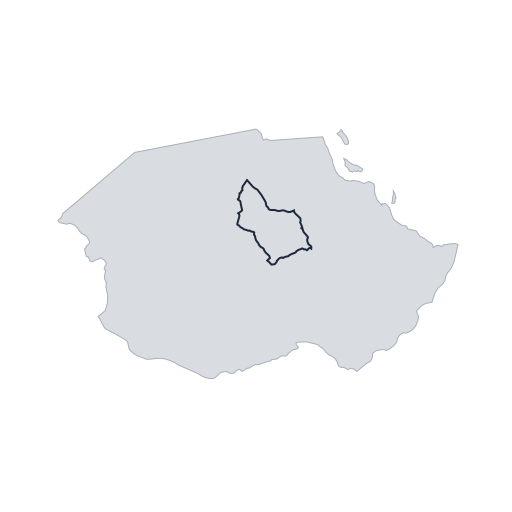 Dodoma highlighted on a map of United Republic of Tanzania, rotated 320°
{"feature_id": "TZA-3385", "entity_name": "Dodoma", "entity_type": "Region", "adm_level": 1, "iso_a3": "TZA", "parent_name": "United Republic of Tanzania", "parent_adm1": "", "projection": "orthographic", "projection_center": [35.912, -5.778], "detail": "fine", "context": "in_parent", "style": "outline", "palette": "slate", "viewbox_px": 512, "rotation_deg": 320, "n_neighbors": 0, "source": "natural_earth", "source_scale": "10m", "svg_char_len": 5918}
<svg xmlns="http://www.w3.org/2000/svg" viewBox="0 0 512 512"><g transform="rotate(320 256 256)"><path d="M199.8,345.8L195.0,343.4L190.7,341.9L187.2,340.2L185.6,338.6L182.3,337.9L179.4,337.7L176.8,336.2L171.4,335.6L170.8,334.6L170.6,332.4L169.7,331.8L167.7,331.2L165.6,331.3L164.3,331.6L163.5,331.4L161.7,330.1L160.1,328.4L159.4,325.7L156.9,324.0L154.1,322.6L146.1,322.9L144.9,322.4L143.0,321.1L140.7,318.8L138.9,316.3L137.3,312.8L135.6,308.0L126.3,289.2L125.3,285.6L123.4,281.7L120.5,276.8L117.3,273.2L113.1,270.0L108.3,266.8L105.7,264.6L100.7,255.7L99.6,251.6L98.8,247.3L99.1,245.5L102.1,239.9L102.4,238.3L102.0,236.2L100.5,231.8L98.5,226.4L94.5,216.7L93.9,214.2L94.0,212.3L96.1,202.3L96.1,200.9L105.3,201.0L111.9,196.6L117.7,190.0L118.9,187.3L121.2,183.1L123.5,181.0L124.4,179.5L125.7,175.3L128.8,172.5L131.8,170.3L131.1,168.7L131.6,168.2L133.2,167.0L136.4,166.0L137.0,163.8L137.0,161.3L136.4,160.0L136.5,158.4L136.0,157.5L134.0,157.3L130.9,156.1L128.3,155.6L126.5,154.9L125.9,154.3L125.6,152.9L127.0,149.0L125.6,147.5L128.7,141.1L129.3,140.4L130.5,140.3L132.3,139.6L134.0,139.2L135.4,139.5L136.5,139.2L137.4,138.5L138.1,136.3L138.8,132.7L138.4,129.8L137.1,127.6L136.7,124.2L137.3,119.6L136.8,115.7L135.3,112.7L133.8,110.9L131.5,110.0L127.9,105.4L126.8,103.2L127.0,101.7L128.2,101.1L130.5,101.3L132.7,100.8L134.7,99.5L136.7,99.1L137.7,99.3L229.7,98.7L337.4,158.7L337.9,159.4L338.7,164.6L338.5,166.3L336.9,169.3L336.4,170.8L336.4,171.9L336.8,172.4L338.2,172.5L339.4,173.2L339.8,173.8L340.7,176.0L341.9,177.2L382.6,206.8L383.6,207.3L383.0,209.7L380.6,215.7L380.5,218.2L379.6,221.2L378.7,223.1L376.3,231.5L374.3,234.7L371.6,242.1L371.2,247.7L372.6,251.7L373.1,255.4L376.2,259.1L378.7,260.4L380.4,262.1L383.4,265.9L385.1,269.7L390.5,271.6L392.6,275.9L391.8,278.9L389.3,281.3L386.9,285.2L385.0,290.4L384.9,298.3L386.2,297.1L389.0,299.1L389.3,304.9L386.3,311.7L385.4,314.9L385.2,317.6L387.3,325.8L390.5,329.9L390.2,331.2L389.4,332.3L394.8,339.7L394.3,346.0L396.3,351.0L397.1,355.3L398.4,358.6L398.7,360.9L397.0,363.4L401.0,364.0L403.3,366.1L404.4,368.1L407.3,368.0L408.8,369.4L411.0,370.5L416.0,373.9L417.3,375.6L418.1,377.1L404.3,387.5L399.3,390.1L395.7,391.4L391.9,392.0L388.3,393.6L384.9,396.2L380.6,397.5L375.3,397.5L369.7,399.2L360.9,404.6L355.9,401.6L351.9,400.6L347.3,400.7L344.5,401.1L343.5,401.7L342.6,403.5L341.8,406.5L338.8,409.4L333.5,412.2L328.6,413.2L324.2,412.5L321.2,411.3L319.6,409.7L317.3,409.0L314.3,409.1L311.3,410.2L308.5,412.4L304.0,413.3L297.9,413.0L294.6,412.0L294.2,410.2L291.5,408.1L286.6,405.6L282.9,405.6L280.6,407.9L278.5,409.4L276.6,410.0L274.8,410.0L272.3,409.4L265.6,409.2L259.1,409.3L258.5,405.9L257.1,403.9L256.0,402.7L253.8,402.4L253.1,401.4L252.4,399.3L251.3,397.6L249.8,396.1L248.9,394.7L248.6,393.5L248.9,392.1L250.2,388.6L250.6,386.3L250.4,383.9L249.7,381.4L248.2,378.4L248.3,377.6L247.8,375.6L247.7,374.2L248.0,372.4L247.7,370.1L246.4,365.2L246.4,363.9L245.0,361.6L240.7,355.9L240.5,355.2L233.7,349.5L231.0,348.3L230.0,349.4L229.7,350.3L230.0,352.2L229.8,353.1L229.5,353.5L227.9,353.4L226.9,353.2L224.4,351.7L222.4,351.3L217.4,351.6L215.7,352.0L214.3,351.7L211.7,349.1L208.7,348.5L205.9,348.4L201.4,345.5L199.8,345.8ZM391.3,250.9L393.5,257.2L393.2,258.4L391.6,259.1L390.8,259.1L389.8,258.1L389.2,256.0L388.0,256.5L385.9,254.0L383.9,253.8L382.2,250.8L382.9,248.2L382.5,243.7L384.7,241.4L385.9,237.6L387.3,240.2L387.6,244.3L389.5,249.2L391.3,250.9ZM402.3,213.7L402.5,215.2L402.0,216.6L402.1,221.0L401.9,224.0L400.2,228.0L398.9,229.5L397.6,229.0L396.6,228.4L395.9,227.2L397.5,219.8L396.7,214.3L399.9,214.8L402.3,213.7ZM397.2,304.0L395.6,304.4L395.0,304.0L394.0,302.7L395.7,301.7L397.4,299.7L401.2,296.7L403.0,294.4L402.7,296.7L400.5,301.7L398.7,302.1L397.2,304.0Z" fill="#d9dde1" stroke="#a8b0b8" stroke-width="1"/><path d="M314.4,245.5L313.5,247.0L313.4,248.7L314.2,255.6L312.6,258.0L311.4,258.6L310.7,261.4L310.1,262.9L309.9,263.5L309.6,264.1L309.2,264.0L308.7,263.9L308.7,264.4L309.0,264.8L309.0,265.6L308.6,266.2L307.9,268.4L308.0,273.7L307.9,275.0L305.5,276.5L304.2,279.1L303.8,280.4L304.0,281.9L304.4,283.3L304.2,284.7L303.1,285.8L302.9,285.1L302.7,284.6L302.2,284.3L301.5,284.2L300.2,284.2L299.4,284.4L299.0,284.5L298.7,284.3L298.6,284.1L298.5,283.5L298.4,283.3L298.2,283.0L297.9,282.4L297.6,282.2L297.2,281.9L297.0,281.7L296.8,281.1L296.6,280.5L296.2,279.9L295.6,279.7L295.0,279.6L292.4,278.6L292.0,278.5L291.3,278.6L291.0,278.5L290.8,278.4L290.3,278.3L288.6,278.7L288.0,278.6L286.9,278.2L286.4,278.1L285.9,277.9L285.4,277.6L285.1,277.5L282.6,276.9L281.6,276.9L280.6,276.9L278.5,275.7L277.1,275.2L275.7,275.0L275.3,274.8L275.3,274.3L274.9,273.7L274.3,273.4L272.9,272.9L271.5,272.8L270.5,273.0L269.5,273.0L268.7,273.2L268.1,273.8L265.1,274.3L262.3,272.5L262.2,269.4L261.7,266.7L265.4,266.5L266.2,264.5L265.6,259.5L265.9,256.9L266.4,255.9L266.4,254.9L266.2,253.7L265.6,252.7L265.3,250.1L266.0,247.5L266.1,244.1L267.1,241.6L267.9,240.5L268.1,239.4L268.3,238.2L269.2,237.4L269.8,236.7L269.5,235.8L268.5,234.7L267.7,233.5L267.7,233.0L267.6,232.5L267.3,232.4L267.1,232.2L266.8,231.9L266.3,231.6L265.8,230.7L265.4,229.8L264.6,228.9L264.0,228.0L263.5,226.0L263.0,224.8L262.6,223.6L262.6,222.5L262.5,221.4L261.9,220.4L262.1,219.5L269.2,214.6L269.5,213.8L270.0,212.8L269.8,211.8L270.2,211.8L270.6,212.0L273.3,212.2L274.8,212.0L275.4,210.9L277.5,206.8L278.9,204.5L279.2,203.4L278.7,202.3L278.5,201.8L278.5,201.3L278.6,200.8L278.9,200.7L279.5,200.9L281.8,199.3L283.1,198.1L283.4,197.6L283.9,197.3L284.4,197.5L284.9,197.8L285.6,197.4L286.3,196.9L287.8,197.0L288.7,195.5L289.0,195.2L289.7,194.8L290.6,194.1L297.9,192.1L298.1,200.8L298.4,202.4L298.9,204.1L299.6,205.6L299.7,206.5L299.4,212.5L298.3,219.6L297.7,221.6L296.7,223.1L296.1,224.7L296.4,226.5L295.9,228.2L296.3,229.5L297.4,230.7L298.9,231.9L300.3,233.3L301.1,234.8L302.2,236.1L304.0,237.2L305.8,238.1L307.0,239.5L307.8,241.2L308.9,242.9L310.4,244.2L312.3,244.9L314.4,245.5Z" fill="none" stroke="#1e293b" stroke-width="2"/></g></svg>